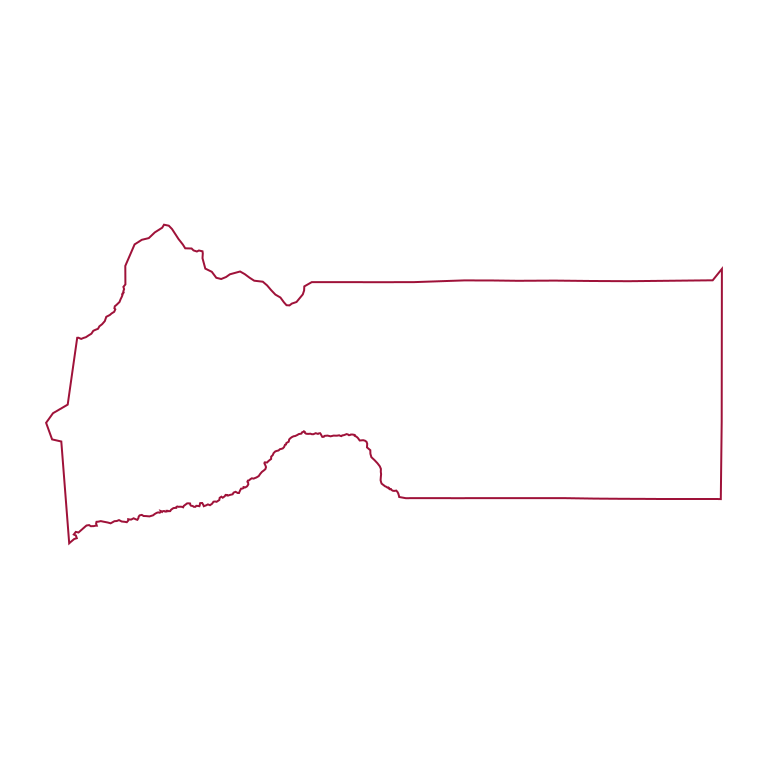 outline of Sierra, California, United States of America
{"feature_id": "52423323B42525268241117", "entity_name": "Sierra", "entity_type": "district", "adm_level": 2, "iso_a3": "USA", "parent_name": "United States of America", "parent_adm1": "California", "projection": "mercator", "projection_center": [-120.733, 39.584], "detail": "fine", "context": "isolated", "style": "outline", "palette": "rose", "viewbox_px": 768, "rotation_deg": 0, "n_neighbors": 0, "source": "geoboundaries", "source_scale": "gbopen_adm2", "svg_char_len": 4411}
<svg xmlns="http://www.w3.org/2000/svg" viewBox="0 0 768 768"><path d="M77.2,337.8L67.7,404.6L53.0,413.2L46.1,422.8L52.1,439.4L61.3,441.5L69.2,543.3L70.4,542.2L74.2,539.0L76.8,538.2L75.9,535.5L73.8,534.5L75.8,531.9L78.5,532.5L84.5,527.2L86.5,525.5L89.1,525.1L90.8,526.2L93.8,526.1L95.5,525.7L96.8,525.7L96.4,524.5L96.1,523.4L96.5,521.8L98.1,521.7L100.8,521.1L103.1,521.6L107.7,522.5L110.6,523.3L112.3,522.4L114.4,521.2L116.8,521.0L119.0,520.1L121.7,521.5L124.6,521.8L126.8,522.2L128.2,520.6L128.2,519.2L129.7,519.5L131.3,519.5L133.6,518.3L136.3,519.5L137.4,519.8L138.4,518.1L138.7,516.6L139.6,515.4L141.8,514.9L143.6,516.0L146.2,516.1L149.5,516.4L153.1,515.3L154.7,514.0L156.8,512.8L158.2,512.4L159.8,512.7L160.9,511.7L160.8,511.2L160.7,511.0L161.8,511.4L162.2,511.9L162.9,511.2L164.1,511.0L165.1,511.6L166.6,511.5L166.6,510.8L167.8,510.8L168.6,511.2L170.2,511.1L171.1,509.7L173.4,508.1L175.3,507.9L176.2,507.9L176.2,507.2L177.2,506.5L178.4,506.8L180.8,506.7L182.2,506.9L183.1,507.3L183.8,505.9L187.1,503.4L188.8,503.3L190.1,503.5L190.2,504.7L191.0,505.7L192.7,506.0L193.8,506.8L195.4,506.8L196.3,505.8L198.4,506.0L199.4,506.2L199.8,505.1L199.9,504.0L200.2,503.1L202.2,503.0L203.4,505.1L203.8,506.2L206.0,505.4L207.9,504.4L210.0,505.2L212.1,503.7L213.5,501.7L215.1,501.5L216.6,501.8L219.3,500.0L219.7,497.8L221.4,496.7L222.7,497.7L224.7,496.3L225.6,494.9L227.2,495.0L227.3,495.5L228.3,495.5L229.6,495.0L232.6,494.3L233.6,492.6L235.6,491.8L237.7,493.0L239.0,493.0L239.6,491.5L240.1,490.5L241.0,488.7L242.2,488.6L243.5,488.1L243.6,487.1L244.3,487.2L245.4,487.4L247.1,486.3L248.3,484.4L248.1,482.6L247.4,481.8L247.9,480.6L249.0,480.4L250.5,479.1L251.8,478.3L253.7,478.6L255.3,477.9L256.4,477.5L258.7,476.1L260.2,473.9L261.9,471.9L263.9,470.4L265.4,469.1L266.0,467.1L265.5,465.6L264.7,464.0L264.4,463.2L264.7,462.4L265.4,462.4L267.1,462.5L268.2,461.3L269.6,460.1L271.1,459.0L271.2,456.6L272.7,455.2L273.6,453.1L275.3,451.4L277.1,450.8L278.5,450.5L279.9,449.2L281.3,448.9L282.8,448.4L284.1,447.0L285.0,444.8L286.0,444.5L286.4,443.0L288.7,441.7L289.2,439.4L290.5,438.1L291.9,437.1L293.5,436.3L295.2,436.0L297.3,435.0L298.7,434.1L301.4,433.6L302.1,432.3L303.4,431.8L303.9,431.3L304.8,431.9L304.9,432.8L306.1,433.7L308.1,433.9L310.4,433.7L311.8,434.2L313.4,434.2L315.7,433.2L318.0,433.9L318.8,433.4L320.1,433.2L320.7,434.0L321.7,435.9L322.3,436.9L323.8,436.8L324.4,435.9L327.5,435.6L330.6,436.3L333.6,435.6L336.8,435.7L339.2,435.3L340.4,435.9L341.5,436.1L342.2,435.4L343.7,435.2L345.1,434.7L346.6,434.1L348.0,434.5L348.9,435.2L350.0,435.0L350.9,434.5L352.3,434.5L354.1,434.8L354.8,435.0L355.0,435.4L354.7,435.3L354.5,435.6L354.6,435.8L356.5,436.7L357.9,438.0L359.7,440.5L363.2,440.2L365.0,440.7L366.5,441.8L367.2,443.7L367.0,447.4L370.3,450.2L370.4,453.8L371.4,457.2L374.6,460.2L377.5,463.3L379.8,466.3L380.9,468.9L380.8,471.9L381.1,474.1L380.8,477.3L380.6,480.2L381.1,482.2L381.6,483.6L383.0,484.7L383.7,485.2L384.9,486.2L386.3,486.8L387.5,487.7L388.2,487.4L389.1,488.0L389.0,488.6L389.7,489.2L390.4,489.0L390.9,489.0L391.4,489.9L393.0,490.8L394.5,490.9L396.3,490.6L397.5,492.0L398.2,493.3L398.9,495.6L399.2,497.0L405.9,498.2L415.7,498.1L436.6,498.1L458.1,498.2L478.0,498.1L523.1,498.1L562.2,498.1L594.9,498.6L622.2,498.8L645.2,498.9L661.4,499.0L677.6,499.0L700.3,499.0L716.8,499.0L720.8,499.1L721.7,421.3L721.9,268.9L712.7,280.3L628.7,281.2L592.2,281.0L554.8,280.6L517.6,280.8L493.9,280.5L464.4,280.4L414.7,282.1L383.4,282.2L370.3,282.2L347.5,282.1L322.4,282.1L311.8,282.1L304.3,286.4L304.1,290.5L302.8,294.4L296.5,302.0L291.8,303.6L289.5,305.4L286.5,305.2L284.0,302.4L280.4,297.5L275.4,294.6L271.1,290.1L267.1,285.4L262.8,281.7L254.2,280.7L249.7,277.8L244.7,274.1L240.1,271.5L229.9,274.3L226.1,277.0L221.2,279.0L216.3,277.8L211.8,271.8L205.3,268.6L202.5,258.2L202.8,253.5L202.5,251.3L198.9,250.5L196.9,251.5L193.5,250.4L191.6,248.5L185.2,248.3L182.9,244.6L178.5,239.0L172.0,229.0L168.8,225.7L164.0,224.7L162.2,227.7L154.8,232.4L148.8,238.1L141.8,239.8L134.6,244.4L125.3,265.9L125.4,284.4L123.4,286.9L124.1,289.1L123.3,291.4L123.7,292.4L123.0,293.6L122.6,293.4L122.1,294.3L122.4,295.2L121.7,297.0L120.6,299.2L119.5,302.0L116.5,304.9L114.8,306.3L114.4,308.3L115.3,309.3L114.2,311.8L111.5,313.5L109.8,315.0L106.3,316.8L104.8,321.1L102.1,324.2L99.4,326.3L98.0,328.8L95.7,329.7L93.3,330.8L91.4,333.7L88.6,335.4L85.9,337.2L83.6,337.9L81.2,338.9L78.3,337.7L77.2,337.8Z" fill="none" stroke="#9f1239" stroke-width="2"/></svg>